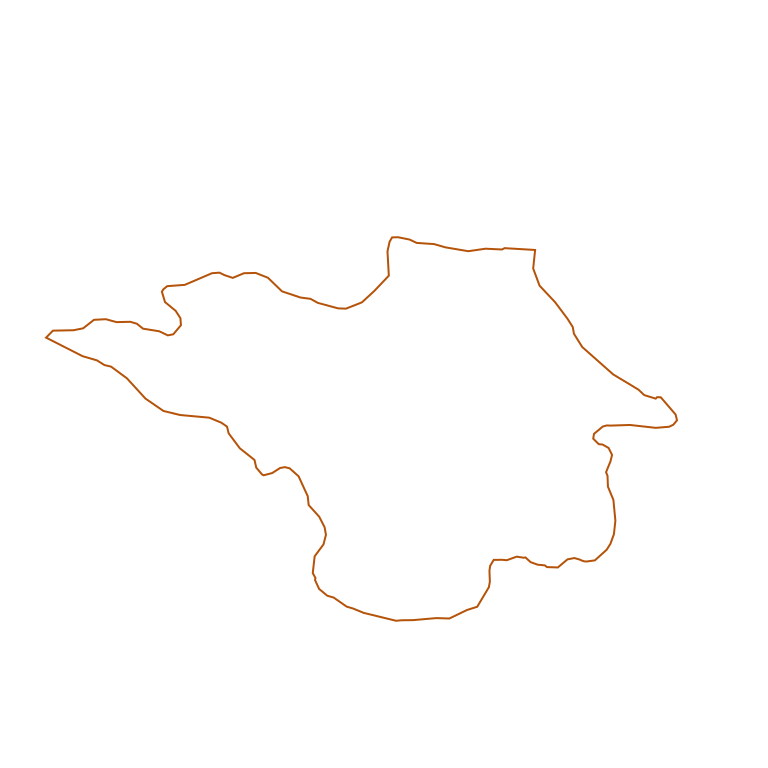 Olopa, Chiquimula, Guatemala (Albers equal-area conic projection), rotated 224°
{"feature_id": "79465075B46690826995670", "entity_name": "Olopa", "entity_type": "district", "adm_level": 2, "iso_a3": "GTM", "parent_name": "Guatemala", "parent_adm1": "Chiquimula", "projection": "albers", "projection_center": [-89.316, 14.697], "detail": "fine", "context": "isolated", "style": "outline", "palette": "amber", "viewbox_px": 768, "rotation_deg": 224, "n_neighbors": 0, "source": "geoboundaries", "source_scale": "gbopen_adm2", "svg_char_len": 2050}
<svg xmlns="http://www.w3.org/2000/svg" viewBox="0 0 768 768"><g transform="rotate(224 384 384)"><path d="M659.3,182.6L620.2,194.6L606.9,201.6L598.3,203.4L592.4,206.9L572.9,209.5L545.4,207.8L523.9,211.4L509.2,220.0L486.3,238.4L474.1,243.2L467.3,244.3L461.5,240.6L443.0,237.6L424.4,239.4L417.8,235.1L408.9,234.2L407.2,234.7L402.6,242.2L400.4,251.4L397.6,255.3L393.3,257.8L381.4,258.3L360.9,250.3L354.1,244.6L338.3,243.5L327.2,239.7L323.1,236.7L321.0,235.2L316.1,226.6L314.2,211.9L303.9,198.5L298.5,196.8L297.5,195.1L288.3,191.5L277.7,192.3L271.9,195.4L256.3,197.9L250.3,201.0L239.5,205.3L210.8,222.1L207.2,226.3L199.1,234.3L183.8,251.9L174.1,260.7L167.3,279.1L162.2,288.5L167.4,310.7L170.5,315.3L178.4,322.9L181.3,326.9L182.9,333.7L176.8,339.7L173.3,342.5L168.6,352.0L162.9,356.0L161.8,357.5L154.8,357.7L147.9,360.8L142.4,365.2L139.6,365.5L131.5,372.8L130.2,385.3L126.2,391.0L121.4,393.6L119.1,394.4L116.8,395.5L115.0,397.0L109.8,403.6L108.7,419.5L110.1,426.3L114.3,435.7L122.6,446.4L138.5,460.0L151.6,465.7L159.4,473.2L163.0,474.8L167.4,485.8L170.7,491.4L178.0,494.0L184.7,492.3L187.7,489.9L195.5,490.0L198.3,494.0L197.1,505.3L195.0,508.9L192.1,511.5L178.6,525.4L158.1,541.2L149.2,551.3L147.6,555.6L148.0,561.4L153.0,564.6L175.7,566.7L178.4,564.2L178.4,562.2L181.6,560.6L189.1,556.8L197.0,556.7L225.8,550.1L267.1,548.3L282.3,552.1L287.8,556.1L297.3,558.4L317.7,561.7L340.4,562.8L356.9,570.7L368.4,585.4L391.6,565.5L392.6,562.7L405.0,551.8L415.6,538.1L434.7,525.0L445.2,519.4L458.5,508.2L465.9,505.7L475.9,499.3L480.0,495.1L478.8,490.2L473.6,481.8L455.8,465.3L455.6,444.5L456.6,427.4L463.7,411.8L469.6,406.5L487.9,396.4L496.0,394.2L504.3,388.1L521.7,379.8L541.3,379.8L553.4,374.8L561.7,366.4L566.5,355.3L574.4,351.5L579.7,349.8L584.7,344.2L596.2,316.9L607.9,303.8L608.5,298.9L607.9,296.1L598.4,290.8L584.7,291.9L576.1,289.9L570.9,285.2L570.1,273.4L573.3,268.8L582.3,265.8L595.8,256.4L603.6,255.7L609.7,252.5L619.4,242.7L629.1,237.4L637.2,228.7L639.1,215.1L644.6,207.1L659.2,192.4L659.3,182.6Z" fill="none" stroke="#b45309" stroke-width="2"/></g></svg>